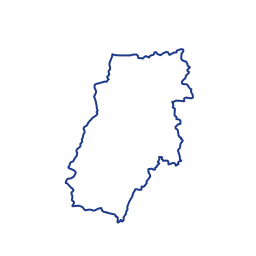 Thong Nong, Cao Bằng, Vietnam (Robinson projection), rotated 227°
{"feature_id": "81297802B64889817574793", "entity_name": "Thong Nong", "entity_type": "district", "adm_level": 2, "iso_a3": "VNM", "parent_name": "Vietnam", "parent_adm1": "Cao Bằng", "projection": "robinson", "projection_center": [105.937, 22.818], "detail": "fine", "context": "isolated", "style": "outline", "palette": "blue", "viewbox_px": 256, "rotation_deg": 227, "n_neighbors": 0, "source": "geoboundaries", "source_scale": "gbopen_adm2", "svg_char_len": 5769}
<svg xmlns="http://www.w3.org/2000/svg" viewBox="0 0 256 256"><g transform="rotate(227 128 128)"><path d="M67.2,140.1L67.9,140.4L68.7,141.6L68.7,142.2L68.4,143.1L67.8,144.1L67.7,144.5L68.0,144.7L69.2,144.5L70.2,145.0L71.5,146.2L74.1,147.6L76.9,148.8L77.5,149.4L77.9,150.1L77.9,151.7L78.1,152.3L78.9,153.6L80.2,154.9L80.9,156.4L81.1,158.6L81.4,159.3L81.8,159.5L82.2,159.6L83.0,159.4L83.3,159.2L83.9,159.3L84.4,160.2L84.9,160.1L86.1,159.6L87.0,159.6L88.1,160.0L92.0,162.6L92.9,163.0L93.4,163.0L94.8,162.6L95.2,162.6L95.9,162.9L96.4,163.7L96.5,166.6L96.3,167.6L95.4,169.2L95.5,169.5L97.2,171.0L98.0,171.3L99.1,171.3L101.4,169.6L101.7,169.6L102.3,170.4L102.8,170.8L103.1,171.0L103.5,171.0L104.4,170.7L105.1,170.6L105.6,170.8L106.1,171.2L109.9,175.2L110.5,175.4L111.2,175.4L111.8,174.9L112.4,174.9L112.7,175.0L113.9,176.8L114.4,177.3L116.1,177.9L116.6,177.9L116.8,178.0L116.8,178.3L116.4,178.5L116.1,179.0L115.6,181.0L115.3,181.7L114.9,182.2L114.0,183.0L111.8,185.2L110.0,186.5L109.5,187.1L109.4,187.5L111.0,188.9L111.3,189.5L111.2,190.0L110.7,191.2L110.2,191.6L107.8,193.4L106.7,194.4L106.3,195.1L106.1,195.8L106.2,196.4L106.7,196.9L108.3,197.9L111.0,198.6L112.0,199.2L112.9,200.5L113.2,200.7L113.9,200.4L114.9,200.2L116.2,200.3L118.6,200.9L119.2,200.9L119.8,200.8L121.5,199.2L123.0,198.0L123.7,198.0L124.6,198.6L125.1,199.4L125.4,200.5L125.3,203.9L125.5,204.4L126.6,205.8L126.9,206.6L126.7,208.4L126.9,210.2L127.3,210.7L127.8,210.8L128.9,210.5L129.4,210.6L129.8,210.8L130.1,211.2L130.1,214.2L130.2,214.6L130.5,214.7L131.3,214.5L132.2,214.2L132.7,214.1L134.5,215.2L136.2,215.5L136.7,215.8L138.0,215.0L140.3,214.0L141.1,213.9L142.5,214.2L145.8,217.9L146.0,218.3L146.1,218.9L146.1,219.8L146.4,220.6L147.0,221.4L147.6,221.8L148.0,221.7L149.7,220.4L150.1,219.0L151.2,216.9L151.1,216.2L150.4,215.4L150.3,214.9L151.9,212.9L152.4,210.9L152.7,209.9L152.9,208.7L153.0,208.5L153.4,208.2L153.9,208.2L155.0,208.6L155.7,208.8L156.5,208.7L157.7,207.5L158.3,205.5L158.8,203.9L159.0,202.3L159.0,201.7L159.3,201.3L161.7,200.1L162.3,200.0L164.1,200.2L164.5,200.0L165.2,199.0L164.9,198.3L164.6,197.9L164.3,197.3L164.4,196.1L165.0,195.1L165.6,193.6L165.7,192.7L165.6,192.3L165.2,191.6L166.0,191.1L167.7,190.4L168.2,190.1L168.6,189.5L168.8,188.8L168.7,186.3L169.0,186.0L170.4,185.0L171.4,183.8L171.8,183.5L172.3,183.4L172.6,183.4L173.5,184.1L174.2,184.5L175.9,184.3L177.1,183.1L178.6,181.2L179.2,179.7L179.8,178.9L181.8,176.8L185.5,172.8L187.7,170.5L189.8,168.6L192.5,166.8L192.2,166.3L191.2,165.3L190.4,163.4L189.6,161.9L188.3,159.1L186.4,157.1L185.2,156.6L183.8,155.5L183.1,155.0L183.0,152.9L182.6,152.4L181.9,151.9L180.5,151.0L180.0,150.9L179.9,150.7L179.9,150.3L179.6,149.5L179.8,148.0L179.7,147.7L179.3,147.5L178.0,147.1L177.3,147.0L176.9,147.0L176.9,146.9L176.9,145.8L176.7,145.2L176.4,144.5L176.4,144.2L176.7,143.6L177.3,143.1L178.1,142.2L178.6,141.0L182.0,134.6L182.2,133.8L182.2,133.4L181.9,132.5L180.8,131.4L179.8,130.9L177.3,130.0L176.3,129.4L175.6,128.4L174.5,125.9L174.3,125.0L173.9,124.5L171.9,123.7L169.4,122.5L166.5,120.7L164.2,119.1L163.4,118.4L161.6,117.8L161.4,117.4L161.1,115.9L160.6,115.7L159.7,115.6L159.3,115.2L159.0,114.6L158.9,113.5L159.3,110.5L159.6,109.6L159.6,109.0L159.3,106.7L159.3,104.8L158.7,101.5L158.0,100.1L158.0,99.7L158.0,99.1L158.4,97.8L158.5,96.9L158.1,95.5L157.6,94.9L155.2,94.1L154.7,93.6L154.3,92.9L153.9,91.5L153.1,90.1L151.8,88.4L151.2,86.7L150.9,86.2L149.6,85.5L149.1,85.0L149.0,84.4L149.0,83.8L148.8,82.3L147.8,81.5L147.1,80.7L147.0,80.0L147.1,77.4L147.3,76.4L147.0,75.6L146.6,74.9L145.8,74.2L144.6,73.9L144.2,73.7L143.6,72.6L142.8,72.0L142.0,67.8L141.0,65.2L141.9,63.0L141.9,62.2L140.6,59.8L140.3,59.1L140.1,57.9L139.7,57.5L139.3,57.4L138.5,57.6L135.4,59.0L133.2,59.7L132.1,59.8L131.5,59.6L131.1,59.3L130.6,58.7L129.5,55.5L129.5,54.9L129.9,52.6L130.3,51.5L131.9,49.5L131.9,49.0L131.9,48.3L131.5,46.9L131.2,46.0L130.2,45.1L130.0,45.4L129.0,45.7L122.8,45.7L121.9,46.0L120.4,45.9L119.9,45.8L119.6,45.5L119.4,44.6L119.4,43.2L119.2,42.5L118.6,41.9L117.3,41.3L116.0,40.7L115.2,40.2L114.5,38.9L113.7,38.0L113.3,37.8L112.8,37.7L112.0,38.0L111.0,38.0L110.7,37.9L110.1,37.5L109.8,37.1L109.2,34.5L108.9,34.2L108.6,34.2L108.2,34.5L105.8,37.8L104.3,39.3L101.6,40.7L99.4,40.6L98.1,40.4L97.2,40.6L96.8,40.9L95.1,43.5L94.3,44.5L93.1,45.4L91.5,46.1L90.8,46.7L90.4,47.6L89.3,51.1L88.4,52.8L88.2,53.4L87.7,53.7L86.3,53.3L85.8,52.9L84.6,52.8L83.7,52.9L82.9,53.3L82.0,53.9L81.0,54.8L80.4,55.1L80.0,55.0L74.5,58.9L73.6,59.3L72.9,59.3L72.4,59.3L71.8,58.7L71.4,58.7L70.5,59.4L70.1,59.5L69.4,59.2L68.3,58.3L66.2,56.1L65.9,56.1L65.5,56.7L65.4,57.6L65.6,59.7L65.6,60.0L65.4,60.2L65.2,60.2L64.4,59.6L64.1,59.7L63.7,59.9L63.5,60.8L63.5,61.6L63.6,62.0L64.3,62.7L65.4,63.5L65.7,64.0L66.1,65.5L66.3,66.9L66.7,68.0L67.9,69.6L68.2,70.1L68.5,71.3L68.9,72.2L70.4,73.4L71.3,74.4L71.9,75.9L73.2,78.4L73.5,79.6L74.2,81.6L74.7,83.5L75.5,85.4L76.6,86.9L77.0,87.7L77.5,90.1L78.2,91.2L78.2,91.5L77.9,92.0L77.4,92.5L74.7,94.4L73.9,95.6L74.1,96.2L74.6,96.7L75.6,97.5L75.8,98.0L75.6,98.4L74.6,99.0L74.5,99.3L74.3,100.2L74.5,101.7L74.7,102.4L74.7,103.3L74.9,104.0L75.4,104.5L76.2,105.0L76.5,105.7L76.7,107.8L77.1,109.8L77.3,110.8L77.7,111.5L78.8,112.0L80.5,112.6L81.9,112.9L83.9,114.9L82.3,117.3L81.8,117.8L80.5,118.1L80.0,118.4L79.4,119.0L79.3,119.4L79.4,119.6L80.4,120.9L80.4,121.3L80.1,122.2L80.1,122.7L80.6,123.7L80.8,124.7L80.7,126.1L80.7,126.5L80.8,126.7L82.4,126.5L82.8,127.0L83.5,128.9L84.1,130.0L85.4,130.9L85.5,131.1L83.6,132.9L83.3,132.9L83.1,132.8L82.2,131.6L81.7,131.6L80.8,131.7L79.9,131.4L79.8,131.5L79.3,132.3L78.0,133.8L77.1,134.6L76.5,134.6L76.0,134.6L74.7,133.5L73.8,132.9L73.7,132.9L73.4,133.3L72.6,134.9L72.0,136.8L71.3,137.5L70.6,137.9L69.9,138.1L69.0,138.0L68.3,137.5L67.8,137.4L67.6,138.4L67.6,139.4L67.2,140.1Z" fill="none" stroke="#1e3a8a" stroke-width="2"/></g></svg>